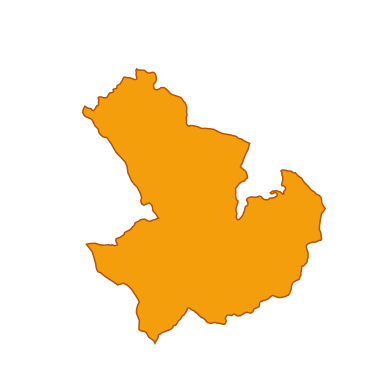 Bannang Sata, Yala, Thailand (Albers equal-area conic projection), rotated 68°
{"feature_id": "78962969B58904714104170", "entity_name": "Bannang Sata", "entity_type": "district", "adm_level": 2, "iso_a3": "THA", "parent_name": "Thailand", "parent_adm1": "Yala", "projection": "albers", "projection_center": [101.271, 6.261], "detail": "fine", "context": "isolated", "style": "filled", "palette": "amber", "viewbox_px": 384, "rotation_deg": 68, "n_neighbors": 0, "source": "geoboundaries", "source_scale": "gbopen_adm2", "svg_char_len": 6034}
<svg xmlns="http://www.w3.org/2000/svg" viewBox="0 0 384 384"><g transform="rotate(68 192 192)"><path d="M257.3,74.7L253.9,75.5L250.8,75.8L247.9,74.8L246.3,74.5L244.8,74.6L242.8,75.4L240.4,77.6L237.5,78.7L235.2,80.4L233.8,81.1L230.8,81.9L225.1,84.3L220.2,85.3L217.5,87.2L216.1,87.9L212.9,88.9L212.6,90.1L212.0,91.1L211.4,91.5L210.5,91.7L209.7,92.4L209.2,93.4L209.0,94.4L206.5,97.7L205.4,100.1L205.6,101.3L206.0,101.7L207.3,101.4L209.8,102.2L212.2,102.2L213.8,103.0L214.9,103.3L218.5,106.1L219.4,106.3L219.9,106.2L220.6,104.7L222.2,103.9L223.4,103.8L224.6,104.4L225.0,104.9L225.5,106.2L226.6,107.3L227.1,107.6L227.5,107.3L227.9,107.4L228.2,107.5L228.2,108.1L227.8,108.8L224.8,110.3L224.0,111.7L222.4,112.9L222.1,113.6L222.2,114.6L221.5,116.2L221.4,117.3L222.1,119.7L222.6,119.7L223.4,119.2L223.8,117.1L223.4,115.6L224.0,114.7L224.5,114.2L225.3,113.9L226.1,113.9L226.8,114.0L227.4,114.8L227.7,115.4L228.0,117.8L227.7,119.3L226.9,121.8L226.9,122.6L227.6,123.8L227.6,124.4L227.4,125.3L226.7,126.8L226.0,127.8L224.2,129.1L222.3,129.5L221.7,130.2L221.2,131.0L221.0,132.0L221.2,132.7L220.4,136.0L219.4,137.4L218.5,139.7L218.6,142.5L218.8,143.1L219.2,143.9L219.8,144.3L220.7,144.5L222.1,144.1L224.2,144.7L225.0,145.2L225.4,145.9L225.4,147.7L225.8,148.1L229.3,150.6L230.6,152.1L231.9,152.9L232.7,153.9L234.7,157.4L235.0,158.4L235.1,159.3L235.0,159.6L234.0,160.5L232.1,160.5L231.0,160.1L229.4,158.7L228.6,158.5L226.2,158.3L224.8,157.9L222.6,156.6L218.6,153.1L217.2,152.8L216.0,153.6L214.4,153.6L211.0,152.7L208.4,151.3L205.4,150.5L204.4,149.3L203.4,147.4L202.4,146.0L201.7,144.3L201.1,142.1L201.4,138.9L200.4,137.8L199.7,135.2L195.4,134.3L192.6,134.6L187.0,137.7L185.7,136.7L184.0,134.5L181.0,132.0L178.2,129.3L175.0,125.9L173.8,124.3L172.2,123.0L169.4,121.3L168.6,120.3L163.5,125.2L161.8,125.9L159.4,129.1L157.8,129.7L156.8,130.5L153.2,135.4L149.1,142.0L145.7,145.3L142.1,148.3L141.2,149.7L137.6,156.6L137.2,158.2L136.2,159.8L133.8,162.0L130.8,166.3L129.8,168.5L129.8,170.1L128.8,171.1L126.2,171.6L124.1,170.4L120.8,169.6L118.8,167.8L115.2,166.8L111.3,165.1L107.2,164.9L105.1,165.7L101.5,166.5L99.8,167.4L94.7,173.4L92.8,175.0L88.4,176.7L86.3,177.7L84.8,178.7L83.9,180.6L83.7,182.0L84.3,184.2L84.1,186.4L83.1,187.8L81.9,188.3L79.5,188.1L77.6,187.1L76.8,185.3L75.8,184.0L74.2,182.8L69.9,181.7L67.7,182.1L66.5,183.1L66.1,184.5L65.9,186.5L65.1,188.3L63.7,189.3L61.3,190.6L58.7,196.2L57.2,197.1L57.7,198.0L58.3,198.5L60.7,198.9L62.1,199.9L65.0,200.4L65.9,200.4L66.5,200.9L66.6,201.2L66.6,202.0L65.8,203.9L64.6,204.7L62.5,207.3L62.1,208.6L60.3,211.2L60.2,212.2L60.9,213.4L62.5,214.8L63.4,216.3L64.6,217.7L64.9,218.4L65.3,221.4L65.6,221.8L67.3,222.7L67.6,223.1L67.6,224.1L67.2,226.4L67.4,226.7L68.1,227.0L69.3,227.0L69.8,227.6L69.9,228.8L69.4,230.7L69.5,231.4L70.1,232.5L71.2,233.7L72.5,235.6L71.6,238.5L69.7,240.8L69.1,242.7L69.3,243.5L69.6,243.8L70.2,243.9L71.3,243.8L71.9,243.9L74.3,245.4L75.4,245.5L75.9,245.8L76.4,246.6L76.5,248.2L78.6,250.7L79.5,252.2L79.6,252.9L79.2,253.7L78.9,254.0L77.3,254.3L76.8,254.6L76.0,256.0L74.3,258.0L72.3,259.2L73.8,260.9L75.5,262.5L77.4,263.5L80.1,263.3L82.1,262.5L86.8,258.0L88.4,257.5L94.5,257.1L98.0,255.6L99.3,255.5L102.1,256.0L105.0,255.2L107.6,253.8L109.5,250.8L110.8,250.3L117.0,248.8L122.2,248.2L126.7,247.5L139.6,242.6L143.9,242.6L150.2,244.2L158.9,243.9L163.2,242.7L166.8,241.1L168.8,240.8L173.9,240.4L178.2,240.8L181.0,242.8L184.1,243.2L186.1,241.6L186.2,235.7L188.5,234.5L190.1,234.1L194.8,235.3L199.2,233.7L203.8,233.0L203.6,233.6L203.7,236.6L203.3,239.0L203.3,240.4L203.6,241.3L203.4,241.9L202.4,243.8L200.0,245.4L199.3,246.5L198.9,247.6L198.6,250.1L198.7,251.3L199.1,252.2L199.2,255.7L199.5,256.5L201.1,257.8L201.5,258.3L201.7,259.4L203.8,263.3L204.2,268.6L204.4,269.5L204.8,270.2L205.9,270.7L206.8,274.5L207.1,276.3L206.9,279.6L207.2,280.2L209.1,281.0L211.1,280.9L212.6,280.7L213.0,281.0L213.1,281.7L213.0,282.9L212.4,284.4L210.9,286.0L211.1,286.6L210.7,288.1L209.7,288.9L208.2,294.0L206.5,297.1L203.2,301.1L201.6,305.7L200.9,309.5L209.9,306.9L215.4,307.3L222.3,308.2L226.2,309.1L228.9,309.3L230.2,309.2L231.2,308.6L233.0,306.7L237.5,304.4L248.6,296.7L250.2,295.9L250.9,289.7L254.2,286.8L259.7,284.4L271.6,282.1L274.3,282.1L276.7,284.9L280.6,287.7L283.8,288.9L291.3,288.9L299.5,292.7L301.4,291.5L302.3,290.4L303.0,289.1L303.9,287.9L305.4,287.1L306.8,286.8L310.1,286.5L311.8,285.6L314.6,283.7L316.1,283.0L318.4,283.0L314.5,278.3L312.7,277.0L312.0,276.3L311.8,275.8L311.9,274.8L311.4,273.6L311.2,272.3L311.4,263.4L310.8,261.5L310.3,260.6L309.1,259.3L309.0,258.5L309.3,257.8L309.3,256.9L308.9,256.1L306.3,253.0L305.7,250.7L305.1,249.7L303.6,248.0L303.0,245.6L301.3,242.9L299.8,241.1L298.4,240.0L298.0,239.3L298.2,238.4L298.7,237.9L300.7,236.7L304.1,233.7L304.7,234.0L306.6,232.5L309.3,231.6L311.4,230.5L313.3,228.8L315.6,227.6L317.6,227.1L318.9,226.4L320.8,223.9L321.2,222.2L321.2,220.6L321.7,219.3L322.4,218.7L324.6,214.9L326.2,212.9L326.8,211.7L326.7,210.8L325.5,209.4L323.9,208.4L322.2,208.6L321.5,208.3L319.5,206.1L319.4,205.8L319.9,203.6L320.7,202.8L321.3,201.8L321.2,200.7L320.9,199.8L320.9,198.7L321.4,198.1L322.9,197.2L323.8,196.3L324.5,194.8L324.7,193.3L323.9,188.2L323.9,187.0L324.2,185.9L325.8,183.7L326.2,183.0L326.2,182.4L326.2,181.4L325.8,180.5L325.2,179.7L324.4,179.1L323.9,178.5L323.6,177.6L323.6,174.5L323.5,173.3L323.1,172.6L322.7,172.1L320.4,171.0L319.7,170.4L319.3,169.6L319.7,162.6L319.6,161.5L318.1,157.1L318.3,155.7L321.7,152.1L322.7,150.3L323.2,148.8L323.8,145.0L323.8,142.9L323.6,141.1L323.2,140.3L322.6,139.5L319.2,136.5L318.0,135.7L317.0,135.3L314.5,133.3L313.7,131.7L313.2,130.0L313.2,126.8L312.9,125.1L310.8,123.6L309.8,122.2L308.2,121.6L305.4,119.7L302.0,118.2L302.3,116.5L301.9,115.0L301.0,113.7L300.6,112.2L299.1,111.1L297.6,110.3L296.5,109.1L295.2,108.5L292.1,107.3L290.7,107.1L286.1,106.8L284.8,106.2L283.7,104.9L283.4,103.1L283.4,101.6L283.6,99.6L284.0,98.1L284.6,96.8L284.8,95.2L284.5,92.4L285.0,90.4L283.8,89.3L282.2,89.1L278.6,87.9L274.3,88.0L269.9,85.8L261.6,80.8L260.6,79.8L259.8,78.3L257.3,74.7Z" fill="#f59e0b" stroke="#b45309" stroke-width="1.5"/></g></svg>